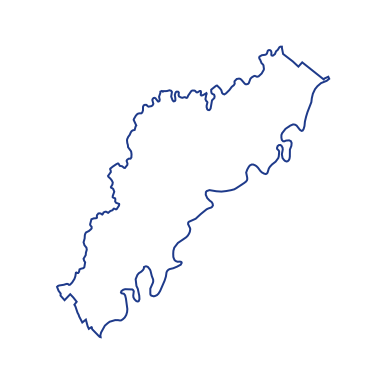 Prisacani, Iasi, Romania, rotated 97°
{"feature_id": "2599482B74582791641671", "entity_name": "Prisacani", "entity_type": "district", "adm_level": 2, "iso_a3": "ROU", "parent_name": "Romania", "parent_adm1": "Iasi", "projection": "natural_earth1", "projection_center": [27.89, 47.067], "detail": "fine", "context": "isolated", "style": "outline", "palette": "blue", "viewbox_px": 384, "rotation_deg": 97, "n_neighbors": 0, "source": "geoboundaries", "source_scale": "gbopen_adm2", "svg_char_len": 6005}
<svg xmlns="http://www.w3.org/2000/svg" viewBox="0 0 384 384"><g transform="rotate(97 192 192)"><path d="M347.2,265.0L345.4,265.5L342.5,265.1L335.3,262.2L332.6,259.8L330.8,257.9L328.5,252.6L328.2,249.7L328.3,247.8L328.0,246.6L326.7,245.1L324.8,243.5L322.1,242.3L319.1,241.8L316.1,241.9L305.8,244.6L302.7,245.8L301.3,247.2L301.1,249.6L300.3,250.3L299.0,250.0L297.4,248.3L296.6,246.5L296.0,239.3L296.6,238.4L297.6,237.7L301.9,237.7L303.7,237.3L305.5,236.0L307.1,233.9L307.3,232.4L306.8,231.6L304.8,231.1L301.4,231.7L294.7,234.0L292.0,235.7L285.4,237.3L281.0,236.1L279.1,234.9L277.2,232.6L275.5,231.2L274.0,230.5L272.3,230.5L271.4,228.8L271.4,228.0L271.8,226.6L274.2,224.2L275.5,223.5L280.2,221.7L283.6,219.9L285.3,219.6L286.7,219.7L293.0,221.6L297.8,221.0L299.0,220.7L299.8,219.8L300.2,217.2L299.6,215.8L298.6,214.2L297.0,212.9L294.2,211.6L283.4,208.4L279.1,207.6L274.9,207.5L273.4,207.0L272.0,205.9L271.2,204.7L270.0,201.4L267.9,197.7L265.5,194.3L263.6,193.6L262.9,193.9L262.6,194.6L262.6,195.7L263.0,197.8L262.6,199.5L261.8,200.9L260.4,201.8L258.8,202.6L255.7,203.1L252.7,203.3L249.4,202.8L244.3,199.8L237.7,192.3L235.9,190.9L233.8,189.9L231.7,189.3L229.0,189.2L228.0,189.6L224.3,192.0L222.7,192.0L221.9,191.4L218.1,185.1L212.8,180.6L207.4,175.4L206.3,173.7L205.1,171.1L204.2,170.2L202.7,169.6L200.9,170.2L199.5,171.4L198.4,173.4L196.2,176.1L193.1,178.0L190.4,178.2L189.3,177.5L188.0,174.9L188.3,167.9L188.0,162.8L186.9,158.2L185.4,153.4L184.2,150.4L182.8,148.5L176.7,141.3L175.0,139.6L173.7,138.9L172.5,138.7L170.9,139.0L166.1,140.6L163.0,139.9L160.5,138.9L158.7,137.9L157.5,136.2L157.3,134.5L157.8,132.7L158.5,131.2L159.9,129.4L162.7,126.8L164.0,125.1L165.0,122.6L165.2,120.9L164.6,120.0L163.7,119.4L159.3,118.6L157.4,117.7L154.9,115.9L151.7,112.7L147.8,110.5L146.0,110.2L141.5,110.4L140.3,110.9L138.8,112.8L137.9,113.0L136.0,112.6L134.8,111.4L134.6,110.0L135.1,108.9L137.0,107.5L138.8,107.1L143.6,107.4L147.2,106.3L148.8,104.8L149.8,103.5L150.2,101.9L149.8,100.8L148.8,99.9L147.2,99.3L145.0,99.2L138.0,100.0L134.1,99.0L131.2,99.1L129.5,100.1L128.9,101.9L129.5,104.9L130.5,106.7L130.5,107.8L129.3,109.2L127.2,109.9L124.6,110.2L122.6,109.7L117.8,106.8L114.1,102.5L112.6,99.9L112.6,98.0L113.3,96.3L117.1,92.5L118.0,90.7L117.6,89.7L115.9,88.9L112.8,88.4L108.2,88.5L103.1,87.9L98.6,87.1L88.3,84.5L84.2,84.5L79.7,84.0L74.9,82.4L71.7,80.4L68.2,77.2L65.2,71.8L62.9,69.6L61.0,70.8L63.3,74.5L64.2,75.0L49.9,98.4L54.6,101.7L50.1,107.9L43.9,118.4L38.1,120.3L36.8,120.5L37.0,122.0L37.7,122.9L40.5,124.2L42.1,125.7L45.0,126.5L46.7,128.2L46.9,128.8L46.7,129.7L46.1,130.0L43.7,130.2L42.5,130.7L41.8,131.5L41.7,132.8L42.1,133.5L42.6,134.0L45.3,134.5L46.2,135.0L46.9,136.1L47.7,139.3L49.4,141.5L50.5,141.7L51.5,141.3L52.5,140.4L55.6,138.7L56.9,137.0L57.6,136.5L61.1,135.6L62.1,135.7L65.9,137.3L69.1,140.0L69.7,141.5L69.1,143.8L69.5,144.8L70.9,146.6L72.4,147.8L77.0,148.9L77.8,149.5L78.4,150.8L78.5,151.9L78.1,152.8L74.8,156.4L73.9,157.7L73.7,159.1L74.4,161.4L76.8,163.2L77.5,163.3L79.3,162.8L80.9,163.5L82.8,165.4L86.2,167.3L90.0,170.3L91.2,171.8L90.8,173.3L90.0,174.2L87.4,175.3L85.8,176.8L83.3,180.1L83.5,180.8L84.5,181.9L88.1,185.4L89.8,185.2L91.3,184.7L92.1,183.8L92.7,181.9L94.3,181.2L96.0,181.3L98.6,183.3L106.7,183.7L107.9,184.2L108.6,184.8L108.7,185.9L108.1,186.9L106.1,187.8L104.6,188.0L101.2,187.6L100.5,188.0L99.9,189.0L98.2,190.0L93.7,189.7L92.8,189.4L92.1,189.8L94.1,192.3L94.9,193.7L95.1,194.5L94.5,195.2L91.7,195.2L90.7,195.8L90.8,196.6L92.4,198.6L92.5,199.2L92.5,199.7L91.2,201.3L91.0,202.2L91.2,203.9L91.7,204.8L92.3,205.2L96.7,207.5L98.9,208.2L99.3,209.1L98.8,210.2L98.8,211.0L99.7,213.2L99.4,214.9L98.7,216.5L97.6,217.1L94.9,217.2L94.2,217.9L94.2,219.3L94.6,220.0L95.6,220.5L97.8,220.9L100.8,220.0L102.9,219.7L103.7,220.0L104.3,221.1L104.2,221.5L103.1,222.6L99.8,224.3L95.2,224.1L94.8,224.4L94.1,225.0L93.8,226.7L94.9,229.3L95.4,232.7L95.9,233.1L95.5,233.6L95.4,234.3L96.2,235.6L97.5,235.5L101.5,236.3L104.3,235.3L105.6,235.4L106.3,236.2L106.3,236.8L103.4,239.7L103.1,240.6L103.4,241.6L104.3,242.3L105.5,242.6L109.2,241.1L110.8,241.7L111.7,242.7L112.6,245.6L112.2,246.5L111.1,247.8L111.2,249.3L111.5,249.9L111.9,250.5L113.4,251.0L117.0,250.6L119.2,251.1L120.1,251.9L120.4,254.1L121.1,255.6L123.0,257.0L126.5,258.5L127.5,258.7L132.8,255.4L133.6,255.9L137.4,256.5L138.1,258.4L138.9,259.3L140.2,260.0L142.9,260.8L145.0,262.0L147.5,262.8L148.7,262.8L151.3,262.2L153.1,261.4L155.3,260.9L159.0,257.5L159.7,257.2L162.0,256.6L165.1,256.4L166.4,257.1L166.6,258.8L167.9,260.3L169.1,260.7L171.6,259.5L173.0,259.5L176.3,261.5L176.3,262.4L175.0,264.4L174.8,266.9L173.2,268.1L172.7,268.7L172.7,269.1L173.7,270.6L176.5,273.8L178.8,276.0L179.4,276.0L180.7,275.3L182.1,275.0L186.3,277.3L187.1,276.8L188.7,274.6L190.3,273.0L192.2,271.8L194.3,271.9L197.0,273.1L197.6,272.8L198.1,271.3L198.7,270.5L201.2,269.2L205.7,270.2L206.8,270.1L207.2,269.5L207.7,267.5L208.6,267.2L210.8,267.1L212.0,266.0L212.7,262.9L213.5,262.7L214.6,262.9L218.2,264.7L218.5,265.3L218.0,267.2L218.1,267.7L219.8,268.7L220.8,270.7L222.9,272.7L222.7,273.4L222.1,274.4L222.1,275.6L223.1,277.3L224.8,277.9L225.3,278.3L225.2,278.7L224.5,279.9L224.4,281.0L224.7,282.3L226.6,283.5L227.8,283.5L228.8,283.2L229.4,283.4L229.8,284.3L230.1,286.2L231.3,288.5L236.5,289.2L237.5,288.8L238.8,287.4L240.3,287.2L241.2,287.7L243.3,289.6L245.0,292.2L246.2,292.8L247.9,293.1L251.3,292.9L255.1,293.5L258.0,292.2L260.1,290.0L262.1,289.4L265.1,289.9L267.6,289.8L271.5,291.5L273.5,290.6L274.8,289.5L279.7,289.7L280.8,290.5L281.8,293.1L282.5,294.2L285.0,294.4L286.3,295.1L286.4,296.0L286.0,296.9L286.3,297.4L289.8,297.5L292.6,298.1L296.4,299.9L298.8,301.7L299.2,302.7L298.4,304.1L298.5,305.3L299.7,307.9L301.0,312.5L301.6,313.6L302.6,314.4L306.3,312.4L308.8,310.0L310.8,309.9L314.9,305.3L308.3,300.4L311.2,296.9L315.0,293.1L318.2,295.0L319.7,293.8L325.8,290.9L327.6,289.6L329.3,288.8L334.9,285.0L331.6,281.8L338.0,279.2L340.4,277.7L338.4,275.4L338.6,274.9L339.5,274.8L340.5,274.2L346.6,266.6L347.1,265.8L347.2,265.0Z" fill="none" stroke="#1e3a8a" stroke-width="2"/></g></svg>